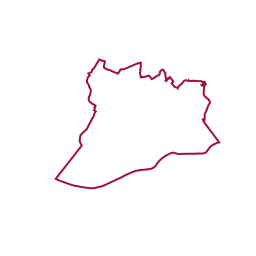 Hellevoetsluis, Zuid-Holland, Netherlands, rotated 319°
{"feature_id": "6326949B52767007773218", "entity_name": "Hellevoetsluis", "entity_type": "district", "adm_level": 2, "iso_a3": "NLD", "parent_name": "Netherlands", "parent_adm1": "Zuid-Holland", "projection": "albers", "projection_center": [4.166, 51.836], "detail": "fine", "context": "isolated", "style": "outline", "palette": "rose", "viewbox_px": 256, "rotation_deg": 319, "n_neighbors": 0, "source": "geoboundaries", "source_scale": "gbopen_adm2", "svg_char_len": 5292}
<svg xmlns="http://www.w3.org/2000/svg" viewBox="0 0 256 256"><g transform="rotate(319 128 128)"><path d="M151.3,57.4L150.9,57.5L150.3,57.7L147.8,58.6L146.4,58.9L146.1,59.1L144.8,59.5L141.2,60.7L140.9,60.7L139.6,60.5L139.4,60.5L137.6,61.6L137.1,61.8L136.9,61.9L136.5,61.8L135.2,61.2L134.9,61.1L134.7,61.1L134.3,61.1L134.0,61.0L133.8,60.9L133.7,61.8L133.7,62.3L133.5,62.8L133.5,63.3L132.9,63.2L132.6,63.2L131.9,63.3L131.2,63.5L130.8,63.6L130.4,63.8L129.5,64.2L129.0,64.6L128.5,65.0L127.4,66.0L127.2,66.2L127.1,66.4L127.1,66.5L127.0,67.5L126.7,68.9L126.7,69.1L126.6,69.9L126.6,70.0L125.9,71.3L125.5,72.0L125.4,72.4L125.4,72.8L125.4,73.2L125.2,73.7L125.0,74.4L124.7,75.0L124.5,75.3L124.4,75.5L123.9,76.0L123.4,76.4L123.0,76.7L121.8,77.5L121.1,78.0L120.7,78.3L120.4,78.4L120.0,78.6L119.3,78.8L118.8,79.1L118.5,79.3L117.7,79.9L117.6,80.1L117.3,80.4L117.0,80.9L116.9,81.1L116.7,81.4L116.6,81.7L116.5,82.0L116.4,82.8L116.4,83.1L116.4,83.3L116.6,84.1L116.8,85.4L116.9,85.7L116.9,85.9L117.5,88.0L118.2,89.8L117.5,90.0L116.4,90.4L116.6,91.0L114.0,92.4L114.7,94.2L114.7,94.3L112.2,95.0L110.3,96.3L108.7,96.9L108.2,97.0L104.8,98.4L102.8,99.1L98.6,100.8L96.2,101.8L93.8,101.9L93.7,101.9L91.7,101.9L89.4,102.1L87.8,102.3L87.6,102.2L87.2,102.5L86.2,103.2L83.1,105.9L82.9,106.1L81.8,109.8L81.6,110.3L81.4,111.0L40.1,118.9L41.6,122.4L42.6,124.3L44.8,128.1L46.2,130.6L46.9,132.0L48.2,134.1L49.4,135.9L50.8,137.8L52.5,139.8L53.5,141.1L56.3,144.5L57.6,146.1L59.0,147.6L60.4,149.0L62.0,150.5L64.0,151.7L67.9,153.7L69.6,154.6L71.6,155.4L75.6,156.6L79.4,157.7L90.3,160.8L94.2,161.7L96.5,162.3L100.4,163.5L104.5,164.9L106.4,165.8L108.2,166.9L110.1,168.1L113.6,170.6L117.1,173.0L118.8,174.0L120.6,174.5L122.7,174.7L124.9,174.5L126.4,174.0L128.4,173.5L130.3,173.3L132.6,173.2L136.2,173.4L138.5,173.7L141.3,174.4L143.4,175.0L145.6,176.0L146.5,176.9L147.4,178.4L148.6,180.2L149.6,181.2L150.9,182.2L152.6,183.6L154.1,184.9L155.7,186.3L157.3,187.6L158.8,188.9L162.0,191.6L163.7,192.9L165.2,194.2L166.8,195.6L168.5,196.8L170.5,197.6L172.6,197.3L174.6,196.8L176.8,196.3L179.1,196.2L181.2,196.4L185.1,197.6L186.9,198.3L187.4,198.6L189.2,173.7L191.2,171.9L191.2,171.6L190.8,171.3L190.6,171.2L190.2,171.2L190.3,171.1L190.2,171.1L190.2,170.8L190.2,170.7L190.3,170.7L190.6,171.0L190.7,170.8L191.0,171.0L191.9,171.3L192.0,171.3L194.3,168.5L194.7,168.1L195.5,167.6L196.0,167.3L196.3,167.2L197.2,167.0L197.9,166.7L200.6,165.2L201.0,165.0L201.1,164.9L202.0,164.4L202.4,164.2L203.7,163.6L204.1,163.4L204.9,163.2L206.2,162.9L206.4,162.8L207.2,161.1L207.3,160.6L207.4,160.3L207.4,160.0L207.5,159.3L207.5,159.1L207.2,157.7L207.0,156.4L206.9,155.8L206.8,154.4L206.8,153.9L206.8,153.3L206.9,152.9L207.0,152.6L207.1,152.4L207.3,152.1L208.0,151.3L208.3,150.9L208.5,150.7L210.7,148.5L212.5,147.0L213.1,146.5L213.4,146.4L211.9,144.7L212.1,144.4L211.9,144.2L211.7,144.1L211.8,143.7L212.9,144.6L213.8,143.9L215.5,145.7L215.7,145.4L215.9,143.9L215.9,143.6L215.9,143.3L215.8,143.2L215.7,143.1L214.4,142.3L214.2,142.2L214.1,141.9L214.1,141.4L214.2,141.2L214.1,140.9L214.0,140.7L213.9,140.6L211.2,138.2L210.5,137.4L209.9,136.8L207.8,134.7L207.6,134.6L207.4,134.8L207.2,134.6L205.4,132.8L205.1,132.5L205.1,132.4L205.0,132.5L203.4,130.7L203.4,130.3L202.9,129.9L202.3,129.6L201.4,129.2L198.0,129.8L196.4,129.9L196.1,129.9L195.9,129.9L195.0,129.6L194.9,129.6L191.9,130.3L191.8,130.2L191.7,130.3L191.7,130.2L190.5,128.2L190.2,127.5L190.1,127.4L190.1,125.2L190.2,124.1L190.2,123.6L190.3,122.8L192.7,122.8L193.0,117.0L192.4,117.1L191.1,117.4L191.1,117.2L191.0,116.8L189.4,117.1L188.8,117.4L188.1,117.7L187.4,117.0L188.5,116.4L189.0,116.0L189.3,115.7L189.5,115.3L189.7,114.6L190.3,113.4L190.5,112.9L190.8,112.5L191.0,112.2L191.7,111.7L192.0,111.6L192.1,111.4L192.2,111.1L192.2,110.9L192.2,110.5L192.1,110.2L192.1,109.9L192.3,109.7L192.4,109.2L192.6,107.9L192.7,106.9L192.2,106.5L191.5,106.3L191.2,106.3L190.5,106.4L189.8,106.4L189.5,106.4L188.9,106.6L188.7,106.7L188.6,106.9L188.0,107.5L187.7,107.8L186.7,108.3L186.4,108.3L186.0,108.4L185.9,108.4L184.8,107.9L184.2,107.7L183.3,107.5L181.3,107.4L179.2,107.0L177.9,106.6L178.0,105.5L178.2,104.0L178.2,103.7L178.1,103.4L178.1,103.1L178.1,102.7L178.1,102.4L177.8,102.0L177.1,101.6L175.7,101.1L175.2,100.9L174.5,100.6L174.2,100.4L172.8,99.5L172.4,99.2L172.2,99.1L171.6,98.6L170.9,98.2L171.5,97.6L171.6,97.4L171.7,97.2L171.9,96.6L172.6,95.3L173.0,94.5L173.3,94.2L174.2,93.5L174.8,93.0L175.2,92.4L175.6,91.8L175.8,91.6L176.1,91.4L176.7,91.1L176.8,91.1L177.0,90.9L177.3,90.7L178.3,89.7L178.9,88.7L179.2,88.4L179.5,88.0L179.7,87.9L180.9,87.3L181.0,87.2L181.2,87.3L180.5,87.0L179.8,86.7L178.5,86.0L176.9,85.3L176.4,85.2L176.1,85.1L175.5,84.9L174.9,84.6L174.3,84.4L171.1,83.4L170.1,83.1L164.6,81.3L163.8,81.0L163.0,80.5L162.0,79.9L161.8,79.7L161.7,79.6L161.3,79.5L161.1,79.4L160.7,78.9L159.9,79.2L158.6,79.7L157.2,80.1L156.9,80.1L156.8,79.9L156.5,80.0L156.4,80.0L156.0,80.2L155.9,79.8L155.7,79.3L154.6,77.5L153.2,74.8L153.2,74.4L152.9,73.8L151.7,71.6L150.9,70.3L150.8,70.1L150.7,70.0L150.3,69.3L150.1,68.9L150.1,68.6L149.9,68.2L149.9,67.9L149.6,66.5L149.6,66.4L149.6,66.2L149.8,66.0L149.9,65.9L150.5,65.5L150.6,65.3L151.0,65.0L152.0,64.4L153.0,63.6L153.9,63.0L153.9,62.9L154.2,62.7L153.8,62.2L153.7,62.0L153.7,61.9L153.8,61.9L152.4,59.7L152.2,59.7L151.3,57.4Z" fill="none" stroke="#9f1239" stroke-width="2"/></g></svg>